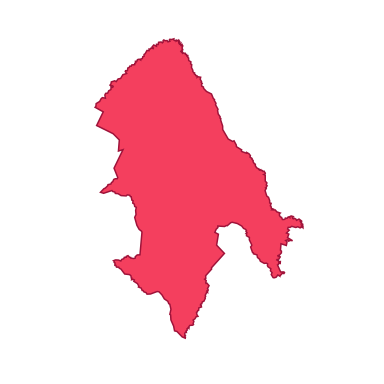 Curuzú Cuatiá, Corrientes, Argentina, rotated 16°
{"feature_id": "61730980B48951068830804", "entity_name": "Curuzú Cuatiá", "entity_type": "district", "adm_level": 2, "iso_a3": "ARG", "parent_name": "Argentina", "parent_adm1": "Corrientes", "projection": "albers", "projection_center": [-58.213, -29.735], "detail": "fine", "context": "isolated", "style": "filled", "palette": "rose", "viewbox_px": 384, "rotation_deg": 16, "n_neighbors": 0, "source": "geoboundaries", "source_scale": "gbopen_adm2", "svg_char_len": 6006}
<svg xmlns="http://www.w3.org/2000/svg" viewBox="0 0 384 384"><g transform="rotate(16 192 192)"><path d="M307.7,193.7L307.3,192.4L305.9,192.1L304.4,190.6L305.6,190.5L305.4,189.7L302.3,188.5L300.3,190.4L299.5,189.5L297.7,189.0L297.0,189.8L296.1,189.7L296.1,188.8L295.5,188.5L296.0,187.7L293.9,187.7L292.7,188.8L293.1,189.7L291.4,189.4L290.5,191.2L288.9,191.3L288.9,192.3L288.0,193.1L286.5,193.5L285.1,191.7L283.9,191.6L282.6,190.5L282.0,188.7L282.6,187.9L279.0,187.7L277.0,186.3L273.9,187.0L274.6,186.0L272.9,185.9L271.9,184.0L271.1,183.7L271.2,181.1L269.7,181.1L269.0,178.8L267.0,176.0L265.0,175.3L261.8,170.4L262.3,168.5L261.7,167.9L262.3,167.7L262.0,167.0L262.5,165.3L261.4,164.8L261.5,162.6L259.4,161.3L257.8,155.8L256.3,155.4L257.2,154.9L257.3,153.7L255.5,152.1L254.6,152.7L253.7,152.0L252.6,152.3L252.1,151.6L251.0,152.4L250.2,152.0L250.5,151.6L247.5,150.9L245.7,149.4L245.2,147.8L244.1,147.6L242.4,146.1L242.1,144.9L240.5,143.9L240.5,143.2L238.1,142.4L238.1,140.9L236.2,139.5L234.0,139.0L234.3,139.5L233.8,139.7L228.8,139.4L228.1,139.0L228.1,137.8L222.2,136.2L221.6,134.6L218.3,131.2L217.1,132.2L212.2,131.1L204.3,123.5L203.3,120.2L199.7,114.9L199.4,113.4L198.4,113.1L198.3,111.9L195.7,109.8L194.1,106.6L194.2,105.3L190.6,101.7L190.6,100.1L188.2,97.9L188.2,97.0L186.6,96.1L183.7,92.4L178.3,91.4L174.6,89.2L174.0,87.9L172.1,87.5L171.5,85.7L171.9,84.8L170.6,84.0L170.7,83.2L168.8,81.4L168.7,79.3L165.6,79.6L165.3,80.2L164.9,79.0L163.4,79.1L163.0,78.2L161.9,78.0L161.6,76.8L161.0,77.0L159.4,75.8L159.3,74.8L157.2,72.5L156.6,69.6L155.3,69.2L155.1,67.2L152.6,66.5L151.8,64.1L150.9,63.8L150.4,62.1L149.4,62.6L148.9,61.3L147.8,61.6L147.3,60.5L145.4,60.9L144.5,60.2L144.5,61.1L142.5,59.9L142.7,59.5L144.1,60.2L143.3,58.2L143.9,57.8L142.7,56.3L142.9,54.1L142.3,53.5L141.9,54.1L141.6,53.6L141.1,53.9L141.3,52.9L139.6,53.4L139.8,52.5L139.3,53.0L138.2,52.5L138.0,51.8L138.7,51.7L138.2,51.1L138.7,50.8L137.4,49.6L137.0,50.6L136.0,50.5L135.3,51.2L135.2,50.3L133.7,51.2L132.3,50.7L132.3,49.8L130.2,51.1L128.6,51.3L128.3,52.2L129.2,53.2L127.5,54.3L126.4,53.3L124.5,54.0L123.0,53.6L122.5,54.3L122.9,56.0L122.4,56.8L121.0,56.3L118.6,57.3L118.9,59.5L117.2,59.8L117.7,61.7L114.7,61.2L113.7,63.5L115.2,64.2L115.2,64.8L113.0,64.9L112.2,66.3L111.3,66.4L111.8,67.9L109.7,68.4L108.9,71.9L108.0,73.0L108.5,74.8L107.4,75.5L107.5,77.4L106.0,78.4L106.3,79.3L104.6,78.9L103.1,79.8L103.0,81.3L101.6,82.0L102.4,83.1L101.5,84.1L101.8,85.4L99.1,86.4L98.9,87.8L97.5,88.2L97.3,89.6L96.1,90.5L96.5,93.1L94.7,93.7L94.6,94.5L96.5,96.1L93.2,98.3L92.1,102.5L89.8,103.7L88.7,106.8L87.1,106.4L84.1,108.4L84.3,110.5L83.7,111.9L84.4,112.3L86.5,111.8L87.2,112.5L86.7,113.4L85.3,113.6L85.8,115.9L84.0,117.7L83.7,120.2L81.8,121.0L81.5,122.8L82.9,125.7L79.8,126.0L78.9,127.5L78.3,130.4L75.5,133.4L76.0,136.2L75.5,137.3L84.6,139.4L82.0,154.4L100.1,157.7L107.8,162.0L110.0,172.9L114.0,170.3L110.5,190.6L116.7,198.6L116.5,199.8L114.6,200.4L113.3,201.5L113.0,203.9L112.0,205.1L111.8,206.7L109.2,208.1L109.2,209.3L107.6,212.1L106.4,213.1L104.1,217.5L107.4,217.6L114.6,212.7L115.7,213.4L117.8,213.3L118.7,214.5L121.5,214.0L124.8,215.0L129.8,213.9L130.6,212.6L133.1,212.3L134.0,213.4L134.9,213.3L136.4,216.4L137.7,216.6L138.1,219.0L139.9,219.6L140.9,221.7L142.7,222.1L142.9,225.3L144.4,229.1L143.9,232.2L148.2,239.2L151.5,242.5L154.3,243.6L155.0,244.5L159.3,266.7L156.7,267.6L155.3,269.8L155.7,271.1L154.4,272.0L151.4,272.4L151.1,271.8L150.1,272.0L148.0,270.8L146.6,272.0L146.8,272.8L144.9,273.5L144.8,274.9L143.0,276.2L142.6,277.9L139.9,277.7L137.1,278.4L135.5,279.7L136.3,280.0L136.6,281.2L137.5,281.4L138.1,283.7L138.8,283.4L140.1,285.0L142.3,284.5L143.1,285.3L145.0,285.7L149.9,289.4L154.8,288.6L156.4,289.4L157.4,291.5L157.9,291.4L158.1,293.0L159.5,292.2L160.8,292.4L160.7,293.9L164.8,295.1L166.9,297.2L166.7,298.1L169.7,298.4L171.2,300.4L172.1,300.2L173.4,301.3L175.5,301.3L176.9,302.6L180.2,301.5L185.9,297.3L187.8,297.0L191.5,299.2L194.9,302.4L198.9,303.7L200.4,305.7L201.6,306.0L204.1,310.6L204.4,315.7L205.3,316.0L207.0,320.8L211.3,326.0L213.5,330.3L216.0,330.2L222.5,334.0L225.8,334.4L225.7,333.3L224.7,332.6L225.1,331.6L224.5,331.5L224.0,329.8L224.5,328.5L225.3,328.5L224.7,327.1L225.5,326.0L224.9,325.0L225.8,323.3L226.6,323.9L226.5,323.1L225.9,323.0L226.6,320.9L229.4,319.8L230.0,319.0L229.3,318.0L229.5,316.0L228.4,314.8L229.8,313.1L230.4,310.7L232.0,309.9L230.4,308.4L229.5,306.4L230.2,305.7L230.2,304.5L231.0,303.8L230.5,301.5L232.8,299.9L232.1,298.5L231.3,298.4L231.2,297.5L232.2,296.7L232.2,294.7L233.5,293.8L234.1,290.6L233.6,289.8L233.9,288.6L233.2,287.6L233.8,284.5L234.4,284.4L233.8,284.0L234.2,283.6L233.7,282.9L234.6,282.5L234.5,281.6L233.5,280.5L234.2,277.3L231.4,275.5L230.7,276.0L230.2,275.4L230.1,273.3L228.2,272.3L229.1,271.4L228.2,268.7L232.1,260.7L231.6,259.5L240.1,242.1L230.3,236.3L229.0,225.3L225.1,224.5L225.5,221.1L226.7,219.1L226.2,217.6L232.8,216.2L234.2,214.8L235.2,214.7L237.7,210.8L239.1,210.0L244.3,209.8L249.2,211.0L251.6,212.8L253.8,213.1L255.0,214.1L254.7,214.9L256.0,215.9L255.5,216.9L256.0,216.8L256.4,219.0L259.7,219.9L260.3,222.2L263.8,226.1L264.2,227.1L263.5,228.7L266.9,233.5L267.8,233.6L268.2,234.5L271.8,234.5L273.0,236.9L275.5,238.0L276.8,239.7L281.1,240.7L283.1,239.9L284.5,240.2L284.8,242.0L285.6,242.9L288.9,244.0L289.1,246.1L291.2,247.5L290.9,249.5L293.5,251.9L294.5,251.9L296.3,250.8L297.4,248.1L299.6,248.7L299.1,247.5L299.8,248.1L301.2,245.3L302.8,245.1L303.2,244.1L302.4,243.5L299.5,244.4L298.5,243.6L294.3,238.5L295.0,237.7L294.9,235.5L295.7,236.5L296.5,236.4L296.1,234.5L295.3,234.9L292.2,233.9L292.4,233.4L293.8,233.1L294.7,230.1L293.7,229.6L292.7,230.3L292.1,229.5L293.5,228.3L294.7,225.9L294.3,224.2L293.1,223.6L291.8,217.2L297.4,217.4L297.1,213.7L295.4,212.8L297.3,211.5L298.5,212.6L299.7,211.5L302.1,211.1L296.4,209.5L296.7,205.8L294.1,205.4L296.0,201.9L294.1,201.2L294.2,199.5L296.0,199.0L297.4,197.5L301.6,197.5L303.3,196.2L305.8,196.7L306.6,196.0L306.6,195.4L307.4,195.2L308.5,195.8L308.2,194.6L306.8,193.8L307.7,193.7Z" fill="#f43f5e" stroke="#9f1239" stroke-width="1.5"/></g></svg>